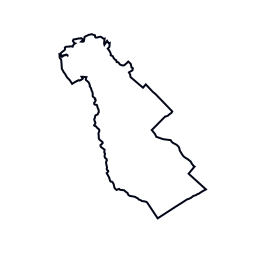 Faleata East, Gaga'emauga, Samoa (Albers equal-area conic projection), rotated 308°
{"feature_id": "51752279B54657815121204", "entity_name": "Faleata East", "entity_type": "district", "adm_level": 2, "iso_a3": "WSM", "parent_name": "Samoa", "parent_adm1": "Gaga'emauga", "projection": "albers", "projection_center": [-171.795, -13.866], "detail": "fine", "context": "isolated", "style": "outline", "palette": "ink", "viewbox_px": 256, "rotation_deg": 308, "n_neighbors": 0, "source": "geoboundaries", "source_scale": "gbopen_adm2", "svg_char_len": 3094}
<svg xmlns="http://www.w3.org/2000/svg" viewBox="0 0 256 256"><g transform="rotate(308 128 128)"><path d="M177.2,39.7L173.2,37.7L169.4,39.7L168.9,39.8L167.9,39.0L167.3,38.0L168.6,38.2L169.5,39.1L169.8,38.7L170.1,36.7L169.9,35.7L169.4,35.6L167.9,33.7L166.1,32.4L164.3,30.6L162.9,30.8L162.5,31.3L161.9,33.5L162.2,34.3L160.7,33.8L159.3,33.9L158.0,34.3L157.4,32.9L156.9,32.3L155.9,31.6L155.5,30.9L153.7,29.0L152.4,28.8L151.5,29.7L151.0,30.0L150.0,30.0L147.9,29.4L145.3,28.9L144.5,29.4L144.2,31.6L144.6,32.0L145.9,32.6L146.7,33.4L147.3,33.7L148.0,34.3L148.1,35.6L147.9,35.7L147.8,34.5L147.0,33.7L146.4,33.6L145.7,32.8L143.4,32.2L143.9,30.6L143.7,28.8L141.4,30.8L140.8,32.6L140.5,33.5L137.1,36.6L135.9,37.7L134.2,39.1L133.3,40.9L132.6,42.5L131.7,45.6L130.4,48.6L129.9,52.2L129.7,53.1L128.4,56.8L130.7,57.6L133.4,58.7L133.4,58.9L135.3,59.6L135.6,60.7L137.6,61.6L139.0,62.0L139.8,59.9L140.6,60.9L142.5,63.9L140.6,64.5L139.9,65.4L139.9,67.1L139.7,68.8L139.4,69.7L138.0,71.8L137.4,72.1L136.4,74.7L135.3,75.9L134.6,77.5L133.5,78.9L132.6,79.7L131.5,80.4L131.1,81.2L131.1,83.4L131.0,84.1L130.2,84.3L130.0,85.5L128.1,85.9L127.0,85.8L126.1,86.7L126.0,87.6L126.8,88.7L126.9,89.6L125.3,91.5L124.6,93.0L123.7,94.2L122.4,95.2L119.8,95.7L118.3,94.7L117.3,94.7L115.2,95.8L114.2,95.9L113.0,97.3L112.3,98.8L111.4,99.5L109.3,99.6L109.1,100.5L109.6,101.6L109.2,103.3L109.0,106.2L108.3,107.1L105.5,108.1L103.9,109.7L102.0,111.2L101.3,112.5L101.2,116.6L100.6,117.3L99.6,117.3L97.7,116.8L96.8,117.5L96.4,118.5L96.5,122.9L94.3,124.2L93.7,125.6L92.5,126.2L91.0,127.2L90.4,128.3L90.3,130.3L89.3,131.4L88.3,131.4L87.4,131.9L86.4,132.8L84.0,135.8L83.0,136.1L82.1,137.2L82.1,138.5L81.5,139.2L79.3,139.0L78.1,142.0L77.1,144.1L75.5,146.1L75.1,147.4L75.8,148.3L75.8,149.1L74.9,151.3L72.9,153.7L72.4,154.6L72.1,157.1L74.5,158.4L74.4,159.8L76.5,163.2L76.4,165.2L76.5,167.6L75.5,169.4L75.6,171.3L76.9,173.6L78.2,176.2L78.2,177.5L78.6,178.9L78.3,180.5L78.9,182.3L79.0,184.0L80.3,186.1L81.0,187.7L81.1,188.9L75.1,207.0L95.1,213.9L103.4,216.9L107.9,218.4L109.9,219.7L111.7,220.6L114.6,221.3L115.7,222.0L116.4,222.6L117.8,223.2L118.9,223.5L119.9,224.3L121.3,224.7L124.6,225.9L127.6,227.2L129.3,203.9L138.6,204.2L138.4,202.9L139.0,201.3L139.1,200.1L139.7,199.3L140.2,197.9L140.2,194.1L139.9,192.1L139.8,189.5L140.4,187.1L142.2,182.5L143.5,181.1L144.4,179.4L144.7,176.9L143.9,172.2L144.1,170.8L144.7,169.1L140.9,162.7L138.5,155.8L139.9,152.9L141.0,148.0L159.9,150.2L160.0,150.4L162.1,151.8L163.5,152.0L166.7,152.9L168.3,152.7L171.6,129.4L171.8,125.0L173.3,115.2L169.0,115.0L169.2,109.6L169.7,98.6L171.4,96.8L172.4,94.5L176.2,96.0L178.1,95.0L177.9,93.5L180.2,90.7L180.5,87.3L178.9,87.1L175.3,86.5L174.6,86.0L173.6,84.5L173.1,82.6L173.7,80.3L173.7,79.7L173.0,78.5L174.1,77.0L173.9,75.2L174.3,73.7L175.2,71.7L174.7,69.6L175.6,69.0L176.2,68.2L177.0,66.7L177.7,64.7L178.0,63.2L180.5,63.4L181.2,62.9L183.8,61.2L182.9,60.5L183.8,57.9L179.1,58.2L179.9,57.1L183.9,54.6L183.5,54.4L183.3,53.2L183.2,51.0L182.9,50.0L180.5,48.1L179.5,47.1L179.5,46.1L180.7,44.9L180.2,43.7L179.7,41.8L177.2,39.7Z" fill="none" stroke="#020617" stroke-width="2"/></g></svg>